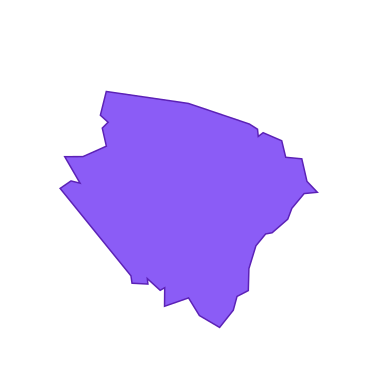 Harrison, Kentucky, United States of America, rotated 239°
{"feature_id": "52423323B26576691311255", "entity_name": "Harrison", "entity_type": "district", "adm_level": 2, "iso_a3": "USA", "parent_name": "United States of America", "parent_adm1": "Kentucky", "projection": "orthographic", "projection_center": [-84.363, 38.43], "detail": "fine", "context": "isolated", "style": "filled", "palette": "violet", "viewbox_px": 384, "rotation_deg": 239, "n_neighbors": 0, "source": "geoboundaries", "source_scale": "gbopen_adm2", "svg_char_len": 653}
<svg xmlns="http://www.w3.org/2000/svg" viewBox="0 0 384 384"><g transform="rotate(239 192 192)"><path d="M108.2,109.6L103.0,134.5L82.3,134.7L61.7,145.9L69.4,166.5L79.3,176.8L78.5,189.5L97.0,201.3L113.0,219.1L118.1,233.5L115.8,239.7L119.4,260.1L126.6,269.2L132.9,287.3L127.2,299.3L141.9,296.0L163.9,303.2L173.5,290.2L189.7,295.3L206.2,283.5L205.5,277.4L212.1,280.5L220.7,276.2L269.8,234.5L322.3,170.3L305.0,153.0L295.0,156.0L293.0,148.0L275.4,142.2L278.5,116.8L287.8,101.1L257.2,100.6L263.8,94.0L263.0,80.8L151.6,96.5L144.7,93.6L135.8,106.8L140.8,109.1L124.1,114.1L124.0,119.3L108.2,109.6Z" fill="#8b5cf6" stroke="#5b21b6" stroke-width="1.5"/></g></svg>